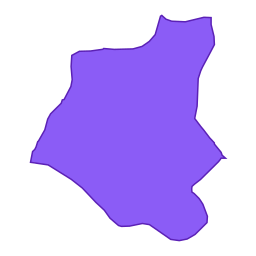 outline of Santa María de Jesús, Sacatepéquez, Guatemala
{"feature_id": "79465075B23332784997029", "entity_name": "Santa María de Jesús", "entity_type": "district", "adm_level": 2, "iso_a3": "GTM", "parent_name": "Guatemala", "parent_adm1": "Sacatepéquez", "projection": "orthographic", "projection_center": [-90.695, 14.477], "detail": "fine", "context": "isolated", "style": "filled", "palette": "violet", "viewbox_px": 256, "rotation_deg": 0, "n_neighbors": 0, "source": "geoboundaries", "source_scale": "gbopen_adm2", "svg_char_len": 1072}
<svg xmlns="http://www.w3.org/2000/svg" viewBox="0 0 256 256"><path d="M211.1,17.6L203.9,17.3L185.3,21.8L171.7,21.2L166.0,19.2L164.8,18.1L163.0,16.5L161.8,15.4L160.5,16.2L155.2,34.6L149.3,41.4L142.1,46.4L133.0,48.9L114.3,49.4L103.7,48.5L102.8,49.3L90.5,51.0L79.4,51.3L71.8,55.4L71.1,66.6L72.2,79.7L70.9,86.5L64.1,99.5L62.3,99.9L61.2,103.3L50.6,113.8L47.7,119.1L44.8,129.9L38.5,141.0L37.7,141.7L37.2,143.3L36.1,146.8L34.8,149.4L32.6,151.5L30.5,162.3L48.1,164.9L71.2,179.3L82.3,188.0L94.6,201.0L95.9,202.4L104.3,210.2L110.1,218.3L118.5,225.5L121.5,226.4L129.6,226.1L142.4,223.5L149.4,224.6L170.7,239.4L179.3,240.6L187.2,239.0L195.1,234.4L207.0,222.6L207.4,216.3L202.9,204.3L200.8,201.0L199.0,198.4L194.2,193.6L191.9,192.0L191.7,188.8L192.0,186.4L194.3,184.3L200.7,179.3L218.5,161.7L220.1,159.7L221.1,158.2L225.5,158.2L222.1,155.2L221.1,152.3L214.4,144.1L214.3,142.8L209.7,137.9L203.6,129.9L200.6,126.3L194.7,118.5L197.1,106.2L198.2,78.6L200.7,70.9L202.5,67.0L210.1,52.8L214.4,44.6L214.0,36.5L211.1,24.5L211.1,17.6Z" fill="#8b5cf6" stroke="#5b21b6" stroke-width="1.5"/></svg>